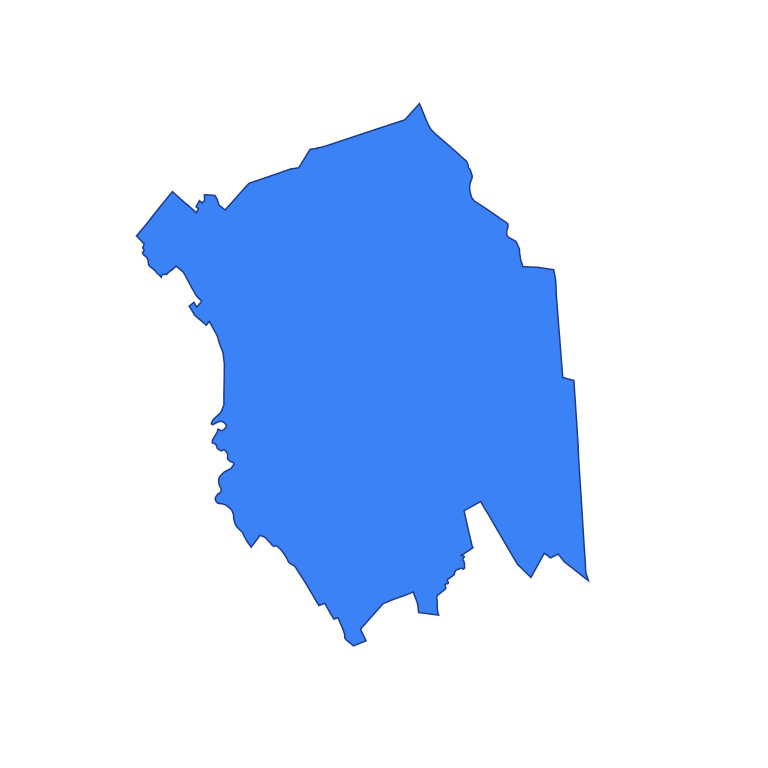 outline of Radauti, Suceava, Romania, rotated 60°
{"feature_id": "2599482B49220638181653", "entity_name": "Radauti", "entity_type": "district", "adm_level": 2, "iso_a3": "ROU", "parent_name": "Romania", "parent_adm1": "Suceava", "projection": "equal_earth", "projection_center": [25.93, 47.847], "detail": "fine", "context": "isolated", "style": "filled", "palette": "blue", "viewbox_px": 768, "rotation_deg": 60, "n_neighbors": 0, "source": "geoboundaries", "source_scale": "gbopen_adm2", "svg_char_len": 5390}
<svg xmlns="http://www.w3.org/2000/svg" viewBox="0 0 768 768"><g transform="rotate(60 384 384)"><path d="M595.5,541.4L597.4,527.9L594.2,527.7L584.5,527.0L582.7,521.4L576.1,501.6L573.8,494.6L575.2,484.1L577.9,469.0L578.6,463.0L579.4,462.4L580.7,463.1L586.3,463.9L590.6,464.7L593.5,465.7L599.2,468.3L601.1,465.8L602.4,464.0L604.4,461.4L607.0,458.2L609.6,454.6L611.5,452.3L609.1,451.7L606.3,450.7L604.0,449.5L601.6,448.2L599.0,446.7L595.9,445.4L593.9,444.1L592.2,433.0L591.4,432.4L590.7,432.1L589.3,432.0L588.2,431.2L588.2,430.5L588.1,429.8L588.5,429.2L588.9,428.7L588.7,427.9L588.2,427.5L587.7,427.5L585.7,427.3L585.3,426.9L585.0,426.5L584.9,424.1L584.6,421.5L584.3,418.9L584.0,418.4L583.2,417.5L582.4,417.0L581.6,415.5L581.3,414.5L581.3,413.4L581.5,412.5L581.8,411.8L581.7,410.9L582.1,409.5L582.5,408.7L583.1,408.3L583.9,408.2L584.0,407.5L583.9,406.9L583.7,406.4L582.7,405.7L581.3,404.9L579.8,404.1L578.0,403.6L577.4,403.4L576.2,403.5L575.7,403.5L574.9,403.3L574.5,402.5L574.2,401.4L574.0,401.0L573.2,400.8L571.7,401.9L571.0,402.7L570.9,398.4L570.3,388.9L567.5,388.5L559.6,386.0L553.4,384.2L543.4,381.1L536.1,378.8L533.8,378.0L534.1,359.0L541.1,359.1L550.1,358.8L562.4,358.9L570.7,358.8L575.0,358.8L606.9,358.6L613.0,356.8L625.0,353.5L610.7,329.8L617.9,326.7L618.4,318.1L627.6,316.9L633.2,314.7L638.8,312.4L652.1,307.2L652.8,306.9L656.4,305.3L649.6,303.8L647.3,303.1L639.6,299.1L622.2,290.6L587.9,273.5L548.4,254.0L532.7,245.8L509.0,234.1L475.9,217.8L472.0,221.7L467.6,225.9L450.4,217.7L434.8,210.2L417.5,202.0L392.7,190.1L387.8,187.5L384.1,185.5L379.2,183.2L375.3,181.7L370.1,180.0L369.9,179.9L360.2,192.0L357.7,195.9L352.9,203.4L351.6,205.2L349.6,204.6L348.3,204.2L347.1,204.0L345.9,203.9L343.4,203.0L342.1,202.5L337.7,200.8L335.2,199.4L334.9,199.3L333.8,199.1L332.4,199.0L330.4,198.8L327.8,198.5L327.2,198.5L326.7,198.4L325.5,199.0L322.0,201.2L318.4,203.1L316.8,203.2L314.8,202.4L313.9,202.0L312.9,201.2L311.0,199.1L309.0,197.4L306.8,196.7L298.0,200.9L284.4,207.3L270.7,214.3L266.1,214.9L264.3,214.4L261.3,213.5L260.0,213.1L258.3,212.5L255.6,210.9L254.6,210.2L253.5,209.3L252.6,208.3L251.1,206.6L249.5,204.6L247.5,203.4L241.4,202.2L239.7,202.6L238.5,202.5L236.2,201.6L234.3,201.3L231.7,201.3L230.3,201.8L227.9,202.7L224.8,203.7L222.2,204.5L216.4,206.4L192.0,214.8L187.2,216.0L182.4,216.1L177.2,215.6L173.3,215.0L158.9,213.1L165.6,233.9L157.1,274.7L148.7,315.6L147.0,322.1L146.1,323.5L146.5,324.1L143.8,330.7L149.9,341.9L154.2,350.0L153.2,351.8L152.3,354.7L151.3,356.3L149.7,364.8L145.4,387.0L142.7,400.6L145.8,410.4L150.7,424.9L153.8,434.6L146.5,437.5L142.9,436.6L140.4,436.1L137.6,436.2L136.1,436.2L130.3,444.8L131.0,445.3L131.8,445.8L132.9,446.4L134.1,446.9L135.6,447.8L135.7,449.6L136.5,451.0L132.9,452.1L134.6,455.0L136.4,457.9L136.5,458.2L139.1,457.1L139.3,457.0L139.8,457.6L141.8,460.8L136.3,462.7L132.1,464.1L131.2,464.4L130.3,464.6L130.4,464.9L111.6,471.1L120.8,495.2L126.6,509.4L129.1,516.4L131.7,523.4L131.8,524.0L131.9,524.3L133.9,523.8L136.7,523.1L137.8,522.9L141.1,522.2L142.9,521.7L143.9,522.9L145.2,524.8L145.9,524.9L147.8,524.6L148.8,525.9L149.7,527.6L151.0,527.7L152.4,527.5L154.2,526.7L155.5,526.3L157.0,526.2L158.5,526.4L160.0,526.8L161.4,527.6L162.3,528.1L163.7,528.2L165.6,527.9L167.6,526.9L170.1,526.1L171.7,525.6L174.8,525.0L176.6,524.4L177.5,524.0L179.0,523.9L180.2,523.5L179.7,523.1L178.9,522.4L178.6,521.6L178.7,520.6L179.2,519.4L180.1,518.0L180.4,517.4L180.2,516.7L179.8,515.5L179.5,514.1L179.2,511.8L179.0,509.4L178.5,507.2L177.8,505.2L180.7,504.1L185.8,502.3L186.5,501.9L190.7,501.9L194.9,502.1L200.0,502.2L204.6,502.4L208.2,502.3L211.8,502.4L214.5,502.3L217.5,501.6L220.8,500.3L221.6,501.5L223.1,505.9L223.8,507.7L218.2,507.8L219.0,512.5L219.1,513.8L223.6,513.6L228.6,513.6L229.5,513.7L236.2,511.3L244.2,508.5L242.4,504.0L248.0,504.1L258.7,504.3L261.7,505.0L266.8,506.3L273.9,507.4L275.2,507.6L276.6,507.8L281.9,510.2L284.4,511.2L286.6,512.1L298.3,519.0L313.9,528.4L321.8,532.9L325.2,537.0L327.2,540.0L328.4,545.3L329.4,549.7L331.5,553.0L332.6,553.4L333.6,552.6L333.8,547.7L334.0,546.2L334.3,544.5L336.4,542.3L339.0,541.3L341.3,541.2L342.3,542.1L343.3,544.7L343.3,547.5L342.7,548.8L340.6,549.7L340.2,550.5L341.6,551.7L342.5,552.8L345.6,558.6L346.8,560.6L348.1,561.6L349.2,562.1L350.6,560.9L352.2,559.8L354.3,560.1L356.5,560.6L357.9,560.0L359.2,559.3L360.4,558.5L360.8,557.4L360.7,555.9L361.2,555.0L363.0,554.7L366.6,554.4L368.8,555.6L369.7,556.7L372.0,556.7L374.4,555.9L375.2,554.9L376.4,554.0L378.1,553.9L379.3,555.7L380.6,558.7L380.3,566.4L381.2,570.0L382.5,573.2L384.0,575.0L387.2,576.6L389.5,577.2L391.6,577.3L393.5,577.5L395.7,579.0L396.2,580.6L396.2,582.8L397.3,585.5L398.9,587.6L401.0,588.1L403.6,587.8L405.3,586.3L407.1,583.7L409.3,581.9L410.2,581.3L413.9,579.8L417.3,578.9L422.0,579.7L425.7,581.6L431.0,583.0L435.5,582.6L438.8,581.6L441.6,580.8L445.9,581.2L451.9,581.3L458.9,580.6L454.1,569.3L452.9,567.5L454.2,566.2L455.6,564.9L457.5,563.7L459.3,563.1L462.1,562.5L464.3,561.9L467.3,561.6L468.7,561.0L469.7,560.2L470.0,558.9L470.4,558.0L472.7,557.1L475.4,556.3L480.2,555.6L484.5,555.4L487.4,555.4L490.7,555.7L492.8,554.9L496.1,553.0L496.9,552.4L517.8,551.4L530.8,551.3L535.9,551.3L539.3,551.3L541.2,551.2L543.3,551.2L544.3,545.0L547.8,545.0L555.9,545.1L560.6,545.0L561.6,545.0L562.6,544.9L563.3,540.8L573.9,541.9L581.1,543.2L583.5,544.6L584.8,545.0L587.3,544.5L592.6,542.4L595.5,541.4Z" fill="#3b82f6" stroke="#1e3a8a" stroke-width="1.5"/></g></svg>